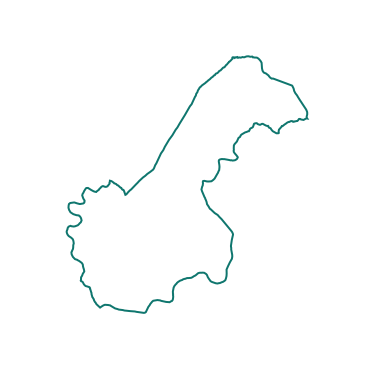 Sedhiou, Sédhiou, Senegal, rotated 328°
{"feature_id": "50182788B34006486463131", "entity_name": "Sedhiou", "entity_type": "district", "adm_level": 2, "iso_a3": "SEN", "parent_name": "Senegal", "parent_adm1": "Sédhiou", "projection": "natural_earth1", "projection_center": [-15.59, 12.794], "detail": "fine", "context": "isolated", "style": "outline", "palette": "teal", "viewbox_px": 384, "rotation_deg": 328, "n_neighbors": 0, "source": "geoboundaries", "source_scale": "gbopen_adm2", "svg_char_len": 6016}
<svg xmlns="http://www.w3.org/2000/svg" viewBox="0 0 384 384"><g transform="rotate(328 192 192)"><path d="M52.8,241.3L54.3,241.2L56.8,241.2L58.4,241.5L61.0,243.4L62.6,244.9L62.8,245.5L65.1,250.0L66.8,251.8L67.6,252.9L70.8,255.5L71.9,256.7L73.7,258.1L76.5,260.3L80.2,263.0L81.4,264.2L87.1,269.0L88.1,269.4L89.2,269.4L94.1,266.3L96.2,265.5L97.2,264.9L100.1,263.9L101.5,263.7L105.4,265.3L107.6,267.1L108.2,268.0L111.8,271.5L114.6,273.6L116.6,273.6L117.1,273.8L118.6,273.2L120.0,271.6L120.9,270.3L121.3,269.2L121.9,268.6L122.1,267.9L123.1,266.2L125.9,263.2L126.7,262.8L127.2,262.4L128.5,262.0L129.1,261.7L130.1,261.6L131.2,261.1L132.0,261.0L132.8,260.9L135.0,260.9L137.1,261.4L137.7,261.3L139.4,261.6L140.2,262.0L142.3,262.4L143.0,262.9L145.7,264.3L147.2,264.5L148.7,264.4L150.8,264.6L154.2,264.1L155.6,264.5L158.0,265.9L159.4,266.8L159.9,267.7L160.5,269.0L160.7,270.0L160.6,270.9L160.3,272.6L160.3,274.2L160.5,277.5L161.2,278.8L163.8,282.0L165.1,283.1L166.6,283.6L167.4,284.0L169.5,284.3L170.5,284.6L172.4,284.6L173.6,284.4L175.2,283.1L176.7,281.6L178.2,279.5L180.2,276.1L183.1,274.1L186.9,271.7L190.4,269.8L191.6,268.5L192.0,268.0L192.8,266.6L194.8,261.5L195.7,260.1L196.0,259.2L196.5,258.3L200.4,253.7L204.2,249.9L204.5,249.2L204.8,247.5L204.7,245.8L202.7,230.7L202.0,227.7L201.6,225.1L200.1,221.9L198.7,216.5L198.3,215.7L198.3,215.1L198.4,213.2L198.3,210.3L199.1,208.1L199.5,206.2L199.6,205.1L199.9,204.0L199.9,203.0L200.9,196.7L201.4,194.8L203.3,193.0L204.7,192.0L205.1,191.4L205.7,190.8L206.5,189.2L207.3,188.6L208.4,189.1L210.3,191.0L211.8,192.0L214.2,193.2L216.5,193.0L218.3,192.6L223.3,189.9L224.2,189.5L225.4,188.5L226.6,187.9L228.6,185.3L229.5,183.6L230.8,180.5L231.3,179.7L232.0,179.2L232.9,179.2L234.5,179.7L237.0,181.4L240.2,184.3L241.4,185.5L242.4,186.1L242.9,186.7L243.6,187.1L245.2,187.8L246.2,187.9L247.6,187.8L249.1,187.0L249.3,186.5L249.1,184.2L248.7,181.7L248.7,180.1L249.3,178.9L249.8,178.5L250.6,177.0L252.2,174.7L253.4,174.0L256.8,173.0L260.1,170.8L262.0,170.7L263.3,169.8L264.5,169.5L268.7,169.6L270.0,170.0L272.1,170.3L272.5,170.6L273.3,170.2L274.5,169.3L275.4,169.1L277.4,169.3L278.0,169.2L279.4,168.2L280.6,167.1L281.2,167.0L282.8,167.6L283.4,168.0L283.7,169.1L284.0,169.6L284.9,170.7L285.3,171.1L287.4,171.3L288.2,171.8L289.8,174.7L290.9,176.0L291.5,176.2L291.6,176.8L291.4,177.4L291.4,178.1L292.4,179.6L292.4,181.3L292.7,183.2L294.7,186.9L295.9,187.7L296.3,187.9L296.9,187.9L297.6,186.5L298.8,185.2L302.5,184.1L303.1,183.7L303.8,184.1L306.4,183.8L307.6,183.8L309.6,183.6L311.1,183.8L311.8,184.2L312.8,184.2L313.7,184.4L314.5,185.0L314.7,185.6L315.0,185.6L315.3,185.9L315.5,186.4L316.7,186.6L317.2,186.9L318.5,187.3L319.0,187.6L320.3,187.3L321.0,186.9L321.4,186.8L322.1,187.1L322.6,187.6L322.8,188.2L324.8,190.0L327.4,190.1L328.1,190.3L328.7,190.8L328.7,189.8L329.2,188.8L330.8,187.3L331.8,185.7L332.1,185.0L332.5,182.6L332.2,171.0L332.2,166.8L332.3,166.0L332.0,163.0L332.2,160.5L333.0,158.1L333.3,155.2L333.2,154.7L321.0,138.9L320.5,138.5L319.8,138.2L319.2,137.1L318.9,136.3L318.6,134.4L318.7,133.9L317.5,130.6L316.3,129.0L316.1,128.0L316.1,126.5L316.9,124.2L319.5,119.3L319.6,117.5L319.3,115.1L318.8,113.5L318.2,112.4L316.0,110.9L315.8,110.6L315.1,110.1L315.2,109.9L314.8,109.0L314.2,108.8L313.0,108.1L311.9,106.9L310.3,106.0L308.7,105.6L308.1,105.6L307.3,105.2L306.3,104.3L305.2,104.1L304.4,103.8L303.7,103.1L302.5,102.7L302.2,101.9L301.7,102.0L301.6,101.4L300.4,101.2L300.1,100.7L299.6,100.5L299.1,100.8L298.5,99.7L298.1,99.4L297.5,99.4L297.0,100.4L295.9,100.6L295.1,100.9L293.0,101.3L292.3,101.2L291.8,101.6L291.0,101.7L289.1,102.4L288.3,102.4L285.6,103.4L284.8,103.1L284.1,103.1L280.7,104.0L280.1,103.9L278.8,103.9L278.1,104.3L276.5,104.6L275.0,104.3L274.0,104.6L273.3,105.0L272.3,104.8L270.6,105.3L269.1,105.3L267.0,105.8L264.6,106.0L263.6,106.3L262.4,106.3L261.3,106.6L256.8,106.9L255.0,107.4L254.1,107.4L253.6,107.6L252.8,108.2L252.3,108.3L251.1,108.9L250.6,109.2L249.6,110.1L248.8,110.5L247.7,110.9L246.3,112.3L245.1,112.8L238.1,117.4L236.2,118.0L235.1,118.5L226.7,123.0L217.8,127.4L213.7,129.6L211.2,130.5L205.4,133.5L200.3,135.5L192.9,139.3L189.8,141.3L186.2,142.8L176.8,148.9L175.1,149.7L172.4,151.7L171.0,152.4L167.4,152.8L163.6,153.0L161.0,153.5L158.2,153.7L153.0,154.7L150.6,155.4L148.8,155.8L141.7,157.6L140.3,157.7L137.4,158.4L136.2,158.9L134.6,159.2L134.0,159.1L134.9,155.1L135.0,154.1L134.8,153.6L134.3,153.3L134.1,152.5L134.2,151.0L133.7,150.5L132.9,147.6L132.7,147.1L132.2,146.5L131.9,145.1L131.0,143.8L130.6,143.4L130.6,142.7L130.3,142.2L130.0,141.2L129.4,140.0L128.9,139.4L128.6,139.4L128.3,139.0L127.5,140.0L127.0,140.3L126.6,141.2L125.0,141.8L123.9,142.1L123.4,142.4L122.2,142.2L121.6,142.0L120.5,141.0L120.2,140.4L119.6,139.8L118.9,139.6L117.4,139.7L116.4,140.1L115.2,140.2L114.5,140.7L111.5,141.0L110.8,141.2L109.8,140.3L108.9,139.2L107.6,136.9L105.9,133.4L104.6,132.7L103.9,132.7L101.1,134.0L99.5,135.1L98.3,135.6L97.1,136.7L96.5,139.2L96.3,140.9L96.4,141.7L96.2,142.7L95.5,143.3L95.2,143.8L94.8,144.0L93.7,144.1L91.0,143.0L90.3,142.6L88.4,140.6L87.1,139.0L86.5,138.4L82.9,136.8L81.3,137.0L80.2,138.1L78.9,139.9L78.3,142.0L78.2,144.8L79.6,147.9L81.7,150.4L83.6,151.9L83.8,152.9L84.1,153.4L84.0,155.5L83.3,157.6L81.6,158.8L80.2,159.0L79.1,159.4L77.5,159.7L74.6,159.1L73.4,158.6L71.8,157.3L71.0,156.3L68.9,156.0L67.3,156.8L66.8,157.5L64.9,158.9L64.3,160.0L64.0,161.4L63.9,162.3L64.1,164.0L65.4,166.9L65.9,169.0L65.5,170.6L64.5,172.9L63.1,174.2L61.9,176.0L60.9,177.2L59.3,178.2L58.6,178.8L57.8,179.2L56.9,181.1L56.6,183.9L57.2,186.9L58.8,188.8L58.8,189.1L59.8,190.8L60.9,193.6L61.0,195.1L60.8,196.1L60.3,196.9L59.7,198.8L59.4,200.1L58.6,202.2L57.4,202.9L56.3,203.3L54.5,204.7L52.7,205.6L51.2,207.8L50.7,208.2L50.7,208.5L50.9,208.5L51.0,209.1L51.6,210.5L51.4,213.0L51.7,214.6L52.0,215.4L53.2,216.7L54.6,218.4L54.6,219.6L54.2,219.9L54.1,221.0L53.4,223.5L53.4,223.9L53.0,224.8L52.6,225.6L52.0,227.7L51.8,228.2L51.9,229.2L51.8,230.2L51.9,230.9L51.5,232.0L51.4,233.9L51.6,234.5L51.5,236.1L51.6,236.8L52.8,241.3Z" fill="none" stroke="#0f766e" stroke-width="2"/></g></svg>